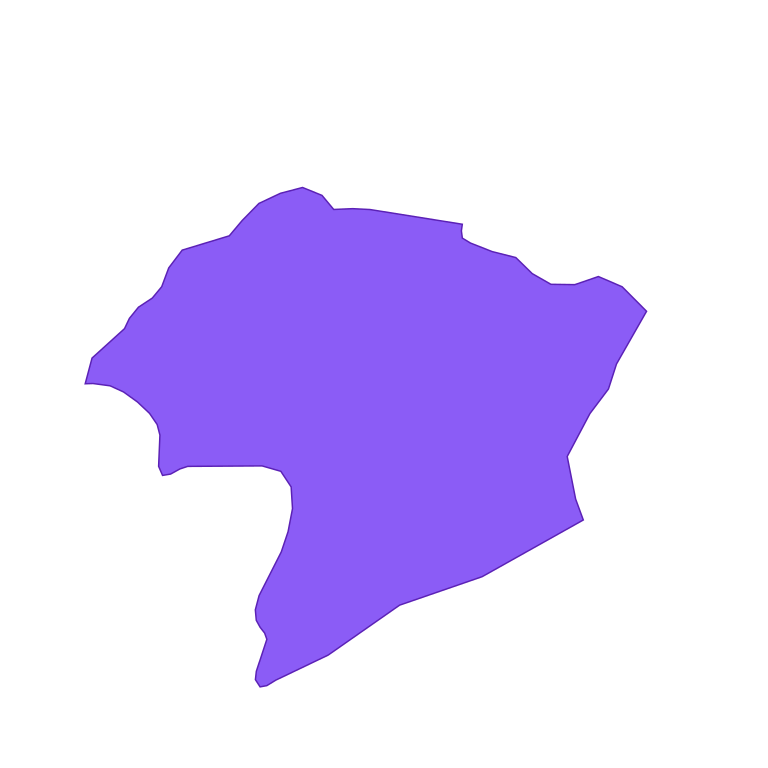 an SVG outline of Kirundo, rotated 239°
{"feature_id": "BDI-2643", "entity_name": "Kirundo", "entity_type": "Province", "adm_level": 1, "iso_a3": "BDI", "parent_name": "Burundi", "parent_adm1": "", "projection": "equal_earth", "projection_center": [30.179, -2.549], "detail": "fine", "context": "isolated", "style": "filled", "palette": "violet", "viewbox_px": 768, "rotation_deg": 239, "n_neighbors": 0, "source": "natural_earth", "source_scale": "10m", "svg_char_len": 1023}
<svg xmlns="http://www.w3.org/2000/svg" viewBox="0 0 768 768"><g transform="rotate(239 384 384)"><path d="M466.1,168.7L479.6,167.9L495.6,163.4L511.4,156.6L523.5,148.3L534.3,134.8L538.1,128.0L556.6,147.1L565.1,190.1L571.4,199.6L576.3,213.1L577.0,229.7L581.9,243.6L594.4,259.3L602.7,280.0L590.7,327.7L597.2,346.7L603.2,369.8L600.8,393.5L594.4,415.4L577.6,428.0L559.5,430.8L550.4,447.5L540.8,461.8L480.6,533.4L475.4,529.2L468.7,526.3L460.3,530.7L441.8,544.9L424.5,562.1L402.3,567.9L383.5,578.4L370.9,598.7L365.7,623.1L344.7,638.2L311.1,646.5L281.4,593.6L264.1,573.8L252.6,545.3L227.5,503.7L186.7,489.0L164.8,484.8L168.3,368.9L186.4,283.5L180.4,196.5L185.9,138.7L185.8,128.2L188.2,121.8L196.8,121.5L203.5,126.6L209.3,133.3L210.7,135.0L225.5,152.1L232.0,153.4L239.1,152.5L247.2,152.8L256.7,157.4L267.0,168.0L293.0,209.5L306.8,225.7L324.3,241.4L343.6,251.4L362.3,250.6L376.6,237.3L414.5,173.3L416.3,165.3L416.7,154.7L419.7,147.1L429.5,148.4L455.6,165.6L466.1,168.7Z" fill="#8b5cf6" stroke="#5b21b6" stroke-width="1.5"/></g></svg>